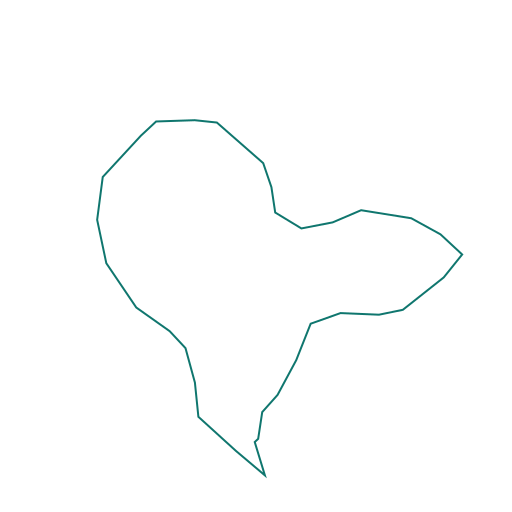 outline of Coyah, rotated 317°
{"feature_id": "GIN-5631", "entity_name": "Coyah", "entity_type": "Prefecture", "adm_level": 1, "iso_a3": "GIN", "parent_name": "Guinea", "parent_adm1": "", "projection": "mercator", "projection_center": [-13.332, 9.762], "detail": "fine", "context": "isolated", "style": "outline", "palette": "teal", "viewbox_px": 512, "rotation_deg": 317, "n_neighbors": 0, "source": "natural_earth", "source_scale": "10m", "svg_char_len": 571}
<svg xmlns="http://www.w3.org/2000/svg" viewBox="0 0 512 512"><g transform="rotate(317 256 256)"><path d="M132.9,391.2L128.2,391.2L112.9,422.5L108.4,384.9L104.2,334.3L125.0,306.9L141.6,275.3L141.6,252.1L133.3,212.0L141.6,159.2L164.5,121.2L197.8,93.7L253.9,89.5L274.7,89.5L303.8,114.9L318.4,131.7L324.6,193.0L314.2,216.2L299.7,237.3L308.0,266.8L335.0,283.7L364.1,294.2L395.3,334.3L405.7,366.0L407.8,395.5L378.7,399.7L326.7,395.5L305.9,382.8L278.9,355.4L249.8,342.8L214.4,359.6L177.0,372.3L154.1,374.4L132.9,391.2Z" fill="none" stroke="#0f766e" stroke-width="2"/></g></svg>